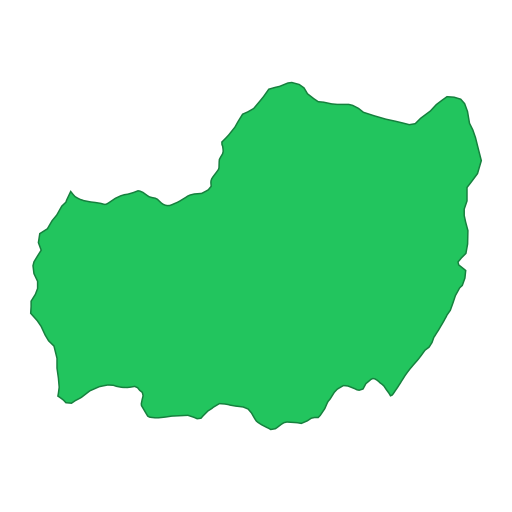 outline of Dunglegang, Chirang, Bhutan
{"feature_id": "84629894B69062019287868", "entity_name": "Dunglegang", "entity_type": "district", "adm_level": 2, "iso_a3": "BTN", "parent_name": "Bhutan", "parent_adm1": "Chirang", "projection": "albers", "projection_center": [90.201, 27.012], "detail": "fine", "context": "isolated", "style": "filled", "palette": "green", "viewbox_px": 512, "rotation_deg": 0, "n_neighbors": 0, "source": "geoboundaries", "source_scale": "gbopen_adm2", "svg_char_len": 3752}
<svg xmlns="http://www.w3.org/2000/svg" viewBox="0 0 512 512"><path d="M359.2,390.2L363.0,389.0L365.9,383.6L369.2,380.9L370.9,379.4L372.9,378.5L374.9,378.9L376.8,380.0L378.6,381.4L380.0,382.8L382.1,384.3L384.0,386.1L386.1,389.3L389.1,393.4L390.5,395.8L392.1,395.1L393.2,393.8L394.2,392.3L395.6,390.2L396.8,388.5L398.0,386.7L399.2,384.8L400.4,383.0L401.5,381.1L402.7,379.3L403.9,377.4L405.0,375.6L406.3,373.8L407.5,372.1L408.9,370.3L410.2,368.6L411.6,367.0L413.0,365.3L414.4,363.7L415.9,362.0L417.3,360.4L418.7,358.7L420.0,357.0L421.3,355.3L422.6,353.5L423.9,351.7L425.1,350.1L429.1,347.1L432.0,342.5L433.8,337.4L435.0,335.6L436.1,333.8L437.3,331.9L438.5,330.1L439.6,328.2L440.7,326.3L441.8,324.5L442.9,322.6L444.0,320.7L445.0,318.8L446.1,316.9L447.0,315.0L450.3,310.3L453.0,302.8L455.4,295.6L459.7,287.8L462.3,285.4L464.9,278.1L465.7,270.5L458.7,264.9L458.0,262.0L461.4,257.9L465.9,253.4L467.6,244.0L467.9,230.6L465.6,222.0L464.2,215.5L464.2,209.1L467.0,200.9L467.0,187.5L471.4,181.8L477.5,173.6L481.3,160.6L477.9,147.3L475.5,137.7L472.8,129.9L469.5,123.3L467.5,111.5L464.6,103.6L460.7,99.2L454.1,97.2L447.0,96.7L442.1,100.2L436.3,104.6L430.4,111.0L420.6,118.3L415.2,123.7L409.3,124.7L403.5,123.2L395.2,121.2L385.9,119.2L374.2,115.8L363.4,112.3L360.9,110.3L358.5,108.4L352.7,105.4L348.7,104.4L337.0,104.4L331.6,103.9L323.6,102.2L318.2,101.7L313.8,98.7L307.5,93.8L304.0,87.9L299.2,84.5L291.8,82.5L287.9,83.0L279.6,86.4L275.2,87.4L268.8,89.2L263.5,96.7L259.5,101.6L253.7,108.5L247.8,111.9L242.6,114.2L238.1,121.5L234.9,127.2L228.7,135.0L225.9,138.0L221.9,142.0L222.0,144.6L222.7,146.4L223.1,149.6L223.2,151.4L222.6,153.8L220.8,156.8L219.4,159.4L219.2,161.5L219.0,167.7L218.5,169.4L216.5,172.2L213.0,176.8L211.7,178.9L211.0,180.9L210.9,182.7L211.2,186.3L208.3,189.8L205.9,191.2L201.7,193.4L194.3,194.0L190.2,195.0L187.7,196.1L185.8,197.4L183.8,198.6L179.9,201.0L177.3,202.4L174.9,203.4L171.7,204.8L169.7,205.5L167.2,205.6L164.9,205.1L163.0,204.2L161.3,203.0L157.3,199.2L155.2,198.2L152.1,197.6L149.2,196.8L147.2,195.5L142.9,192.4L139.9,191.1L138.0,190.8L133.3,192.6L127.8,194.2L124.4,194.7L120.8,195.8L115.4,198.3L108.3,203.1L106.1,204.3L104.3,204.4L100.8,203.4L95.3,202.5L90.9,202.0L83.6,200.6L82.1,200.0L80.3,199.5L77.7,198.2L75.0,196.6L73.0,194.4L70.7,191.5L66.6,200.2L65.9,202.2L61.8,206.1L56.8,215.0L52.1,220.7L47.4,228.8L39.8,233.6L38.4,242.6L41.2,250.2L38.6,254.3L37.4,256.2L34.0,261.8L33.0,265.7L33.7,271.5L34.0,273.7L37.6,281.3L37.6,288.5L35.4,294.3L31.1,301.2L31.1,306.7L30.7,313.3L37.2,320.6L41.1,326.3L45.2,335.1L48.6,340.8L54.0,346.1L57.0,358.3L57.0,368.1L58.4,378.0L59.2,387.2L58.4,393.3L57.9,396.1L59.6,397.2L63.5,400.1L65.9,402.7L71.5,403.2L75.3,400.6L80.1,398.1L81.6,397.2L86.0,393.8L89.9,390.8L99.2,386.7L103.4,385.8L107.6,385.0L110.6,385.1L113.5,385.3L116.4,386.3L120.6,387.1L122.6,387.4L127.3,387.5L130.6,387.1L134.7,386.4L137.6,387.7L139.7,390.3L142.3,392.4L142.7,394.0L143.1,395.8L142.2,399.4L141.3,403.8L141.5,405.6L145.2,411.9L147.7,416.1L149.5,417.1L151.4,417.4L155.2,417.8L158.3,417.8L162.2,417.4L165.7,417.0L171.7,416.1L187.9,415.3L194.2,417.4L197.1,418.7L198.9,418.5L201.0,418.2L203.1,415.8L208.0,410.9L211.8,408.5L213.2,407.3L219.4,403.6L224.9,404.0L228.4,404.6L230.0,405.1L235.8,406.1L238.5,406.4L240.2,406.6L243.2,407.0L248.1,409.0L251.5,413.0L253.5,416.5L254.9,418.9L256.4,421.1L258.1,422.5L261.7,424.8L266.7,427.4L268.7,428.3L270.7,429.5L275.4,428.7L277.4,427.3L281.3,424.3L283.9,422.7L286.9,422.0L297.3,422.7L301.3,423.4L307.2,420.9L311.3,418.2L314.5,417.5L318.2,417.5L320.2,415.4L324.8,408.6L327.0,403.5L328.0,401.5L330.1,399.0L334.3,392.3L337.1,389.3L338.5,388.4L343.3,385.6L345.4,385.7L347.9,386.0L351.3,387.3L353.0,388.0L354.8,388.7L357.0,389.8L359.2,390.2Z" fill="#22c55e" stroke="#15803d" stroke-width="1.5"/></svg>